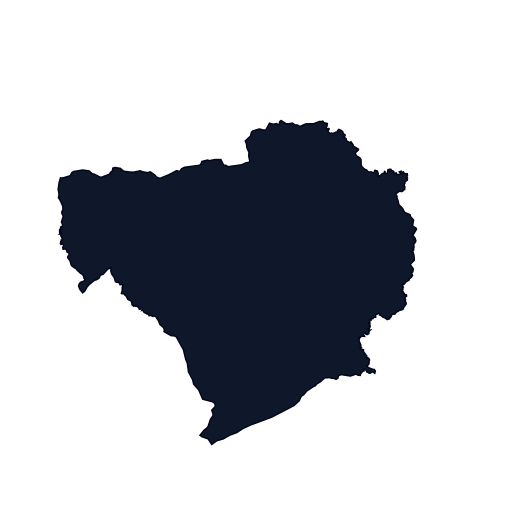 Phan, Chiang Rai, Thailand, rotated 63°
{"feature_id": "78962969B39225899035049", "entity_name": "Phan", "entity_type": "district", "adm_level": 2, "iso_a3": "THA", "parent_name": "Thailand", "parent_adm1": "Chiang Rai", "projection": "mercator", "projection_center": [99.78, 19.567], "detail": "fine", "context": "isolated", "style": "filled", "palette": "ink", "viewbox_px": 512, "rotation_deg": 63, "n_neighbors": 0, "source": "geoboundaries", "source_scale": "gbopen_adm2", "svg_char_len": 6129}
<svg xmlns="http://www.w3.org/2000/svg" viewBox="0 0 512 512"><g transform="rotate(63 256 256)"><path d="M403.8,381.0L402.8,374.8L404.1,368.2L403.7,361.0L404.6,353.3L403.8,346.1L404.1,337.5L406.7,315.1L406.5,290.0L404.6,283.3L401.5,279.3L401.2,276.3L399.3,271.9L398.4,263.9L398.6,262.3L397.6,259.9L397.3,255.8L395.8,250.3L397.6,245.8L399.2,244.3L400.1,242.4L402.2,240.7L402.1,238.7L399.9,236.4L400.3,235.4L400.1,234.3L405.8,226.4L406.7,220.3L408.4,219.4L409.7,217.3L408.5,216.3L407.1,213.0L407.5,212.1L405.7,210.9L407.7,209.8L409.7,209.9L410.2,209.1L411.4,208.8L412.3,207.3L412.1,204.5L414.4,203.4L412.7,201.9L410.8,202.1L410.1,203.3L406.6,206.4L404.6,207.2L403.4,204.3L402.4,204.1L402.2,203.4L400.9,203.1L400.2,202.0L398.4,202.0L396.0,203.5L395.3,202.6L390.6,203.6L389.3,203.5L388.4,202.8L385.9,205.0L385.4,204.7L385.1,203.6L383.9,204.4L383.1,203.0L378.2,202.7L376.3,201.1L375.3,200.8L375.9,199.9L375.3,198.5L376.9,195.8L376.1,195.8L375.9,196.7L375.2,196.5L373.5,193.9L375.8,193.5L376.5,192.6L376.4,190.7L374.5,189.6L374.0,188.0L373.7,189.2L373.0,189.3L373.4,188.8L372.5,188.3L372.0,189.0L371.7,187.4L370.5,186.2L369.6,187.0L369.4,186.2L368.8,186.7L368.4,186.2L368.8,185.7L367.5,185.0L367.1,186.1L366.5,186.0L366.4,184.5L364.8,183.5L365.3,182.5L364.1,182.1L364.9,180.4L364.2,178.9L364.8,177.1L362.5,176.1L363.2,172.0L364.2,172.0L364.7,172.6L366.6,171.1L367.9,170.9L369.5,169.3L372.2,168.0L372.6,165.5L372.1,165.3L371.6,166.1L371.3,165.5L371.9,164.1L371.2,162.9L370.3,162.8L370.0,160.6L370.8,158.7L369.7,156.2L369.8,155.1L369.1,155.0L369.8,154.2L369.4,152.3L370.0,151.6L370.2,149.2L368.8,147.6L366.9,143.9L365.2,143.4L364.1,143.8L363.0,142.6L360.6,142.4L360.1,140.0L359.3,139.7L358.5,139.8L358.1,141.1L356.3,140.9L355.5,141.9L354.8,141.1L353.1,141.3L352.4,140.2L350.6,139.5L350.5,138.8L348.7,139.4L348.6,138.6L347.9,138.5L348.4,137.8L348.3,136.5L347.0,133.8L347.1,130.8L345.9,129.6L345.6,127.3L345.1,127.1L344.6,125.4L342.1,125.3L341.3,123.5L339.0,121.7L334.8,122.3L333.3,122.0L331.6,116.8L327.0,114.9L323.9,114.3L323.4,114.8L322.8,114.6L322.2,112.7L321.5,112.7L320.1,111.3L317.2,110.2L316.0,107.6L314.9,106.6L312.1,106.2L308.8,106.9L305.0,100.8L304.0,100.7L300.2,102.8L295.5,99.3L291.2,100.4L289.1,100.0L284.6,103.8L280.1,103.8L275.0,105.4L271.6,104.4L267.8,104.0L267.0,103.2L264.8,103.6L263.9,102.2L263.4,98.6L264.7,97.1L264.8,95.7L264.1,94.7L264.3,93.4L261.9,91.9L260.5,92.0L259.1,91.2L259.1,90.6L257.6,89.5L257.1,86.7L254.9,85.5L254.2,86.2L253.1,84.5L251.3,83.9L250.3,85.9L249.3,86.3L249.5,87.5L248.8,87.6L247.9,86.7L247.3,88.4L246.3,88.2L246.1,90.1L248.0,89.7L248.6,90.0L248.6,91.0L247.1,93.6L245.5,93.4L245.3,95.7L243.4,94.9L242.1,95.5L241.8,96.6L240.1,96.4L239.3,97.6L239.1,99.4L241.4,100.9L241.9,102.6L241.2,103.5L239.4,102.7L239.0,103.1L240.4,104.2L239.9,106.1L240.7,108.9L240.4,110.6L239.6,110.8L237.9,109.6L235.4,109.3L233.7,111.0L233.9,111.7L235.2,112.8L235.2,113.8L233.3,115.1L232.9,116.7L231.4,118.1L229.7,118.3L227.9,119.8L224.6,121.1L222.5,120.9L217.9,118.7L215.6,118.9L212.9,120.7L210.8,121.1L209.1,120.5L208.1,116.8L207.3,116.2L202.3,119.4L201.1,119.0L197.4,119.5L197.4,121.2L194.2,123.1L192.3,122.4L190.0,123.7L189.3,122.1L188.4,121.6L186.8,122.7L184.8,122.3L183.0,122.9L180.8,124.7L181.5,126.6L182.5,127.5L181.9,128.7L181.7,132.2L180.7,132.8L180.3,135.1L179.3,134.8L177.6,135.4L176.0,133.1L175.3,133.4L174.9,135.4L174.1,135.8L172.4,133.7L170.3,132.3L168.2,134.8L166.1,135.3L166.0,136.6L165.0,138.1L164.3,144.6L160.9,151.5L160.5,158.1L157.9,159.8L156.9,161.8L154.1,163.2L153.0,167.1L151.7,169.2L146.7,172.1L147.0,173.8L149.0,175.5L149.3,176.6L147.4,177.5L146.4,180.8L143.8,183.7L148.1,189.9L147.5,191.7L144.3,195.4L143.1,202.1L143.7,203.9L146.6,206.4L148.6,213.3L151.7,213.6L155.2,214.9L160.7,215.3L163.3,217.0L169.1,218.6L169.4,219.3L168.4,222.7L168.2,227.4L163.7,240.5L161.7,241.5L160.3,243.6L154.1,243.5L151.3,249.1L149.9,254.3L148.5,255.6L147.2,261.3L149.2,263.5L149.5,265.2L144.5,279.4L144.5,282.7L146.0,285.6L143.9,288.0L144.0,296.9L143.2,306.3L140.5,308.8L138.1,309.3L133.1,311.9L132.3,315.1L129.3,319.0L127.5,320.5L125.7,327.1L123.7,330.6L120.3,335.5L116.3,337.1L113.0,341.6L112.7,343.6L115.1,345.5L115.3,347.4L116.6,349.7L115.6,358.1L114.9,359.1L109.5,363.1L108.6,364.4L104.3,366.2L100.7,371.4L97.9,380.2L98.1,382.1L99.9,384.9L100.0,386.1L98.6,393.3L97.6,394.7L101.3,398.2L106.8,402.0L111.7,403.5L114.4,405.6L117.7,405.2L124.1,405.6L126.9,406.9L128.6,409.1L130.3,409.7L133.0,409.6L137.4,413.9L140.1,414.1L141.7,415.0L141.5,416.9L143.5,417.8L143.1,418.5L143.5,419.1L144.3,419.5L145.1,419.0L145.2,420.0L145.9,420.3L146.4,419.9L146.0,419.2L146.5,419.1L147.3,421.1L148.0,419.6L149.3,420.7L152.6,420.7L153.6,421.6L153.5,422.2L154.4,421.9L154.4,423.4L156.3,424.7L157.2,424.5L157.4,422.8L158.4,422.5L159.8,423.1L160.6,424.4L162.4,424.8L163.1,422.5L164.8,422.1L166.6,422.6L168.4,421.3L169.9,421.8L171.2,424.1L172.2,424.5L175.8,423.9L180.6,424.8L184.0,423.2L185.2,422.1L187.0,421.9L191.7,420.2L193.5,419.0L195.7,418.8L197.8,419.4L199.4,419.0L200.2,420.3L199.8,424.5L200.7,426.3L202.2,427.7L205.7,428.1L210.1,427.2L209.6,424.6L207.0,420.8L205.7,417.6L204.3,410.9L204.7,409.1L204.6,406.3L202.5,403.4L202.8,400.3L200.4,394.1L200.7,390.4L203.3,392.1L205.0,392.5L207.2,392.7L210.8,392.1L215.1,392.9L216.3,391.9L217.2,390.2L219.9,390.2L220.5,388.5L221.4,387.6L223.3,389.5L226.3,391.0L228.1,392.9L228.9,392.6L229.2,391.4L230.5,390.3L231.1,390.6L232.6,389.9L236.5,389.9L239.3,387.8L240.9,387.8L243.2,388.6L245.1,387.9L245.4,386.6L246.0,386.4L245.9,385.9L247.5,384.4L249.7,383.8L250.0,384.2L250.8,383.7L250.8,382.1L252.4,381.5L252.7,382.2L252.9,381.5L255.5,381.3L256.8,380.3L256.9,379.6L258.0,379.6L259.0,378.4L260.7,378.3L260.6,377.3L262.9,375.4L262.4,375.0L264.2,372.9L269.4,372.3L273.4,372.7L277.9,370.9L280.5,371.3L281.6,372.3L288.3,367.9L290.3,364.8L291.9,363.7L306.5,363.2L316.0,365.5L320.2,365.8L328.7,368.8L337.4,368.6L341.8,369.7L349.5,367.8L359.4,368.5L365.8,361.3L367.4,360.1L369.2,359.8L370.9,360.2L371.7,360.9L373.3,365.4L377.4,366.0L378.8,366.9L380.9,370.8L386.2,376.2L387.1,378.3L387.5,381.0L390.3,387.3L392.4,386.3L397.2,381.7L403.8,381.0Z" fill="#0f172a" stroke="#020617" stroke-width="1.5"/></g></svg>